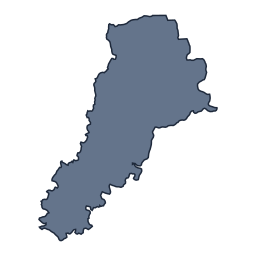 the district of Edéia, Goiás, Brazil
{"feature_id": "56859067B71321794854709", "entity_name": "Edéia", "entity_type": "district", "adm_level": 2, "iso_a3": "BRA", "parent_name": "Brazil", "parent_adm1": "Goiás", "projection": "albers", "projection_center": [-49.992, -17.506], "detail": "fine", "context": "isolated", "style": "filled", "palette": "slate", "viewbox_px": 256, "rotation_deg": 0, "n_neighbors": 0, "source": "geoboundaries", "source_scale": "gbopen_adm2", "svg_char_len": 5761}
<svg xmlns="http://www.w3.org/2000/svg" viewBox="0 0 256 256"><path d="M60.6,162.8L61.4,166.6L60.9,167.5L59.6,167.4L57.9,170.0L57.0,170.9L55.8,173.9L54.6,175.0L53.1,177.0L52.5,178.0L52.0,179.3L52.0,180.7L53.4,181.1L54.9,181.5L56.0,182.2L56.7,183.0L58.2,186.0L58.0,187.1L57.2,188.0L56.3,187.5L55.3,187.2L54.6,188.1L54.2,189.5L52.6,190.7L51.2,190.8L50.1,190.2L48.5,190.2L46.7,191.4L47.2,192.3L48.4,192.9L48.8,193.9L48.4,195.4L47.9,197.2L47.2,198.9L46.2,199.5L44.5,199.3L42.8,199.7L42.2,200.8L41.1,201.3L41.8,202.5L41.8,203.6L41.3,204.6L41.9,205.6L41.9,207.0L42.7,208.5L43.6,209.0L44.9,209.2L45.9,209.7L47.1,210.4L47.8,211.2L48.9,212.8L47.3,213.4L46.4,215.0L45.3,216.3L44.1,216.7L42.6,216.9L41.1,217.6L39.5,218.0L39.0,219.5L40.5,221.0L42.5,222.8L43.7,223.5L45.0,223.5L46.0,223.1L46.0,224.8L44.3,225.8L43.1,226.1L41.9,226.1L40.7,226.7L39.4,227.1L40.1,228.1L42.0,229.4L43.1,228.6L44.4,228.2L45.7,228.5L47.3,229.3L49.4,229.9L51.3,231.5L53.0,232.5L54.1,233.1L55.2,234.4L56.7,235.8L57.7,236.6L58.3,237.5L59.1,239.5L60.1,240.5L61.3,240.6L62.7,240.0L64.1,238.7L65.6,238.2L66.9,237.1L66.1,233.4L68.1,233.1L69.1,233.9L70.3,233.7L72.1,231.9L72.9,230.7L73.9,229.7L75.6,229.4L75.6,231.1L74.9,232.3L76.3,233.8L77.6,234.0L78.6,233.2L79.7,233.5L81.1,234.2L82.2,233.3L83.2,232.7L83.2,231.2L83.5,229.5L84.1,228.5L85.9,228.2L87.3,228.9L88.3,229.5L89.6,228.7L91.0,227.5L92.3,226.4L91.7,225.2L90.6,225.1L89.4,224.3L88.7,223.0L88.0,221.4L88.0,219.8L88.0,218.6L89.0,218.2L88.8,216.5L89.4,214.7L90.3,213.1L90.0,211.4L88.8,210.5L87.4,210.2L86.1,209.6L85.8,208.6L85.8,207.4L86.4,206.0L89.1,206.5L90.4,207.0L90.7,209.2L92.1,210.4L92.8,209.3L93.5,207.6L95.3,207.8L96.6,206.9L97.6,206.6L98.7,207.1L99.6,206.7L99.8,205.5L100.8,206.4L102.4,205.9L103.5,205.8L104.2,204.4L105.4,202.9L105.1,201.2L104.0,199.6L101.9,198.7L101.2,197.0L100.6,195.3L102.3,191.8L105.4,193.1L107.6,193.7L109.5,194.1L110.4,192.9L110.5,191.5L110.1,190.0L109.2,186.8L109.3,185.3L110.1,184.3L112.5,185.4L114.0,185.8L115.9,186.6L117.2,186.8L118.8,186.8L121.0,187.3L123.1,186.3L123.7,184.7L125.4,183.4L125.6,181.8L125.2,180.8L125.5,179.3L126.4,178.1L128.0,177.9L128.9,176.6L129.2,175.1L129.9,173.6L131.5,173.4L132.5,173.9L133.9,173.8L134.9,174.4L134.9,176.0L134.1,177.2L133.5,178.3L134.2,179.4L136.0,180.1L137.0,180.0L138.3,179.6L139.0,176.5L139.4,175.2L141.1,172.7L141.7,171.2L141.7,170.1L141.5,169.0L140.2,168.3L138.1,167.9L137.1,167.4L136.1,167.0L134.7,165.5L134.0,163.4L135.0,163.5L136.1,164.5L137.3,165.5L138.9,165.8L140.4,165.8L141.4,164.9L141.6,163.4L142.4,162.1L144.3,159.9L147.1,158.8L148.3,157.5L148.7,153.7L149.5,150.7L150.1,149.4L150.6,147.5L151.3,144.5L151.4,142.8L151.4,140.5L152.3,138.8L153.3,137.3L153.7,135.6L153.4,134.4L152.8,133.3L152.5,131.9L153.4,130.3L155.1,127.2L156.2,127.1L158.8,127.9L159.9,127.8L161.2,127.2L162.6,126.9L165.4,127.2L166.9,126.8L168.3,125.7L170.7,125.4L172.0,125.4L173.2,125.5L174.3,125.0L175.7,124.0L176.7,122.8L178.0,122.4L178.6,121.4L179.6,120.6L180.9,120.2L182.3,120.0L183.7,120.2L184.7,120.0L185.7,119.4L186.6,118.4L187.6,116.7L189.1,115.2L189.9,114.0L190.3,112.5L191.1,111.6L191.9,111.0L193.3,110.8L193.7,112.3L195.0,113.3L196.5,113.0L198.2,111.8L201.3,111.1L202.5,109.8L203.4,108.7L204.7,108.3L206.2,109.2L207.6,110.6L210.1,111.6L212.3,111.5L213.6,111.0L215.2,111.0L216.3,110.3L217.0,108.8L216.9,107.7L214.8,107.6L212.3,106.7L210.3,106.1L209.0,105.4L208.4,104.5L208.4,103.4L208.9,102.2L209.7,101.0L209.9,99.8L210.1,98.5L210.1,97.2L209.9,95.4L209.6,94.2L207.7,94.4L206.6,94.1L203.9,92.3L202.5,91.7L201.0,91.3L199.2,90.4L198.1,89.0L197.5,86.0L197.6,83.9L199.4,82.0L201.3,81.0L202.8,80.0L204.2,79.6L204.9,78.4L205.4,76.8L206.6,72.3L206.2,71.2L205.8,70.0L205.9,68.2L206.3,66.5L206.1,65.0L205.7,63.6L205.1,62.7L204.8,61.5L203.7,59.6L202.4,58.7L200.7,58.9L196.8,58.7L193.5,60.3L191.5,60.3L190.2,59.8L188.7,60.0L187.0,60.0L186.4,58.2L186.5,57.1L186.9,55.6L187.4,54.6L188.9,53.5L189.9,52.4L190.0,50.0L190.0,47.9L189.9,46.1L189.2,44.8L188.7,43.0L188.2,42.0L187.7,40.5L186.9,38.8L178.5,39.3L177.8,37.6L178.5,35.7L178.2,33.1L177.9,30.4L177.1,28.2L177.1,25.8L176.9,23.9L175.5,21.2L174.7,20.1L167.8,20.3L165.9,15.4L152.5,15.5L151.6,16.3L149.6,16.6L146.9,16.0L144.1,15.8L142.0,17.2L139.2,18.2L137.4,19.5L135.4,19.5L132.9,19.8L131.1,20.3L128.5,21.9L126.8,23.4L125.3,24.0L123.7,24.5L120.3,24.9L118.5,24.8L117.0,26.1L115.1,26.6L113.5,24.7L111.0,24.7L109.7,23.8L108.8,24.5L108.6,27.2L108.7,28.6L107.9,31.3L107.8,32.7L106.9,33.6L106.4,34.9L106.6,36.1L106.4,37.7L106.9,39.2L108.1,39.9L109.7,41.5L110.2,42.9L110.5,44.7L110.7,46.4L111.7,49.3L111.8,51.2L112.2,53.1L113.0,54.3L116.1,55.4L116.1,57.3L115.4,59.2L113.8,59.3L113.0,58.5L111.8,58.5L110.7,60.2L108.5,64.2L108.1,66.0L107.5,67.4L108.2,68.9L107.1,69.7L106.6,70.8L105.5,71.5L104.3,72.7L102.7,72.3L100.8,72.8L99.5,73.6L98.7,74.6L97.2,77.8L96.4,78.5L95.2,78.8L95.7,80.3L95.8,81.6L95.0,82.6L94.1,83.5L93.8,85.0L94.6,87.3L94.8,89.1L94.7,90.5L95.7,94.4L95.8,96.1L95.2,97.2L94.8,98.8L95.2,100.0L94.6,101.7L94.8,104.3L93.5,105.0L93.3,106.6L93.6,108.3L92.4,110.7L91.4,111.2L90.0,110.9L88.7,111.3L87.8,110.8L87.1,112.8L86.9,114.2L86.2,115.0L87.2,117.6L88.5,117.5L89.2,119.0L89.1,120.4L90.5,122.5L90.4,124.2L88.6,124.9L87.4,125.8L87.0,127.1L87.1,128.8L87.7,130.3L88.6,131.3L89.0,132.6L87.0,133.6L85.5,134.5L85.9,135.5L87.3,135.7L87.7,137.2L87.1,138.5L86.8,139.8L86.1,140.7L85.3,141.7L84.3,142.5L83.2,142.8L81.0,142.1L80.4,143.6L81.6,146.4L81.2,147.9L81.1,149.5L80.8,150.5L80.4,151.6L79.3,152.8L77.9,152.8L77.2,154.4L77.0,155.7L78.0,156.5L78.5,157.5L78.5,159.6L77.6,160.3L75.6,160.7L73.9,159.9L73.2,161.2L72.8,162.3L72.0,161.3L71.3,162.1L69.2,162.8L68.3,163.6L68.0,165.2L66.3,164.6L65.2,163.7L63.5,162.8L62.3,162.3L61.9,161.1L60.9,161.5L60.6,162.8ZM134.0,163.4L132.5,164.3L132.5,163.1L134.0,163.4Z" fill="#64748b" stroke="#1e293b" stroke-width="1.5"/></svg>